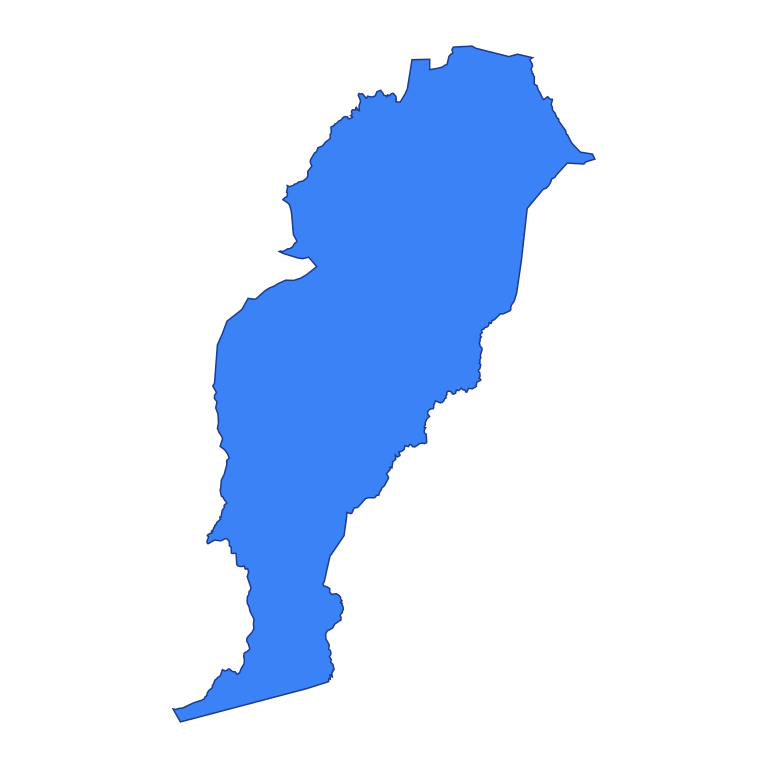 Tlacoapa, Guerrero, Mexico
{"feature_id": "50627088B33975592508393", "entity_name": "Tlacoapa", "entity_type": "district", "adm_level": 2, "iso_a3": "MEX", "parent_name": "Mexico", "parent_adm1": "Guerrero", "projection": "natural_earth1", "projection_center": [-98.789, 17.209], "detail": "fine", "context": "isolated", "style": "filled", "palette": "blue", "viewbox_px": 768, "rotation_deg": 0, "n_neighbors": 0, "source": "geoboundaries", "source_scale": "gbopen_adm2", "svg_char_len": 6066}
<svg xmlns="http://www.w3.org/2000/svg" viewBox="0 0 768 768"><path d="M412.0,59.7L407.4,88.7L405.2,93.8L400.1,102.2L395.8,101.7L396.3,99.2L395.9,96.4L393.7,93.8L392.7,93.3L391.2,93.9L389.1,95.8L387.7,94.9L386.7,96.6L386.2,95.8L383.9,95.3L382.9,93.2L380.7,90.3L376.9,91.8L375.3,95.6L374.3,96.5L373.1,96.5L372.0,97.1L367.5,96.2L367.0,97.6L366.1,98.2L362.5,93.8L360.8,94.0L359.0,93.5L358.2,95.2L360.0,99.1L360.5,101.9L359.0,105.6L359.4,110.7L358.2,110.2L356.4,107.3L355.7,107.9L355.7,110.0L352.6,109.8L351.7,110.7L351.5,112.3L352.1,113.5L351.5,115.2L350.7,115.6L352.5,116.9L352.3,117.6L348.7,118.9L348.0,118.5L347.8,117.0L345.4,116.6L343.3,117.2L341.1,120.0L338.4,121.2L336.8,123.2L334.6,124.2L334.2,125.4L330.9,127.1L331.3,132.8L330.1,134.6L330.3,138.5L325.6,142.0L322.5,145.9L317.9,147.8L316.6,151.7L314.4,153.1L310.4,160.0L310.3,162.2L311.8,166.2L307.8,171.3L307.8,175.9L306.9,178.0L302.9,181.0L298.8,181.9L296.6,183.7L294.3,184.2L293.5,185.4L289.5,186.7L287.3,185.6L287.6,187.3L286.5,192.3L287.4,192.7L287.2,196.6L284.7,197.7L282.9,199.7L287.5,202.7L289.5,204.9L291.0,209.9L291.7,214.7L293.4,234.6L296.6,240.4L296.7,241.6L294.5,243.6L292.6,246.8L289.8,248.7L287.5,248.9L284.5,250.9L282.0,251.5L280.2,251.0L279.2,251.5L283.4,253.5L297.2,257.8L302.6,258.7L308.7,257.2L316.7,266.6L306.5,274.7L300.6,278.2L294.0,280.4L285.6,280.2L277.8,283.8L274.6,285.9L269.0,288.2L264.7,291.0L256.1,298.8L254.7,299.2L248.1,298.4L241.8,309.6L227.0,321.2L222.3,333.9L217.4,344.9L214.5,383.3L212.8,385.9L216.5,392.6L214.5,395.5L214.4,398.4L217.0,401.8L215.7,407.9L217.9,413.7L218.3,418.1L218.4,423.4L217.4,428.7L218.4,430.3L218.6,431.7L221.9,436.6L222.5,438.8L220.1,446.4L224.6,449.7L227.7,454.1L229.0,457.6L228.5,459.0L226.7,460.3L226.7,465.1L224.1,474.6L221.3,480.2L220.7,488.2L220.1,490.0L221.3,496.1L222.8,496.9L224.7,500.3L225.9,501.2L226.6,503.3L224.4,505.0L224.0,505.9L224.5,507.1L222.2,510.4L221.0,516.9L219.8,517.1L220.4,519.3L216.8,522.4L215.7,525.1L214.8,525.3L214.4,527.6L213.7,527.8L212.7,531.1L212.1,530.6L211.4,531.3L212.0,532.9L209.8,533.5L207.5,535.1L207.3,535.7L208.7,536.7L207.0,541.2L207.0,542.4L207.5,543.5L208.4,543.6L214.6,540.0L220.6,540.9L225.6,538.6L226.9,538.8L229.2,541.4L229.4,545.9L231.2,547.0L231.3,553.0L232.2,553.5L235.6,553.3L236.1,553.9L236.7,564.3L237.2,565.1L238.0,566.0L241.0,566.6L244.4,566.1L245.1,568.9L245.8,569.2L246.9,568.5L247.8,569.0L248.6,572.2L247.2,576.6L250.9,587.5L250.6,589.7L249.0,591.7L248.9,594.4L247.4,596.7L247.1,601.1L247.3,603.2L249.1,606.9L250.0,611.2L254.0,619.1L253.4,624.3L253.9,627.7L253.5,629.6L252.0,632.3L247.6,637.2L246.8,638.8L246.7,641.3L248.1,643.3L249.8,648.8L248.3,650.6L244.1,653.3L243.7,656.4L244.4,660.0L244.1,663.7L241.2,668.5L239.6,672.7L237.0,674.3L235.4,671.9L232.6,671.6L229.6,669.1L228.3,669.0L226.8,670.4L225.2,670.9L222.4,669.7L220.1,676.2L217.4,677.6L216.8,678.8L214.9,680.1L213.3,684.6L212.4,685.4L212.4,687.6L208.6,690.8L207.4,692.8L206.6,695.8L204.9,697.1L204.5,698.7L201.6,700.3L193.9,702.7L182.4,708.1L179.1,708.4L175.7,709.4L173.1,709.0L180.4,721.9L306.4,688.7L328.4,681.7L328.8,680.9L328.4,680.3L328.8,678.6L330.3,679.2L329.9,674.9L330.7,675.1L331.0,676.0L332.3,676.9L331.8,673.2L333.0,671.4L332.9,670.3L334.1,669.6L332.9,664.3L330.6,662.1L331.3,659.8L329.4,656.5L330.8,654.5L330.9,652.6L330.3,650.6L328.6,649.0L329.3,645.0L326.0,639.1L325.6,634.1L327.2,631.0L332.5,628.1L334.7,624.2L339.7,620.6L340.8,620.4L341.1,617.5L340.2,615.7L340.6,614.3L342.4,612.5L342.2,611.6L343.3,609.5L342.9,606.2L341.9,604.8L342.3,603.4L340.5,602.6L342.0,601.0L341.9,600.4L340.7,599.8L340.6,597.5L340.2,596.8L338.5,594.9L336.2,593.7L331.5,594.4L329.7,592.1L329.8,588.7L327.7,587.2L323.6,585.7L322.9,583.9L324.2,581.8L329.9,556.4L344.0,535.7L346.5,518.1L346.9,512.4L350.5,513.6L351.9,513.1L354.1,507.9L357.0,507.6L358.1,507.0L365.7,498.4L368.6,497.7L374.2,497.8L375.4,497.1L376.5,495.4L378.8,495.1L379.7,491.7L381.0,490.2L381.8,488.0L384.4,485.8L388.5,478.1L388.4,477.0L386.5,473.6L390.0,469.8L390.1,467.1L391.9,468.0L392.8,461.7L395.7,459.3L395.3,455.1L397.2,457.0L399.8,455.7L400.0,455.1L398.7,451.9L401.2,451.6L404.1,449.5L404.9,445.7L408.4,446.6L409.8,444.4L411.5,445.0L412.4,446.5L414.7,447.0L419.9,443.5L422.1,443.1L424.5,443.6L426.7,442.6L426.2,434.2L424.5,433.2L424.2,431.6L424.3,430.0L425.7,427.7L424.3,427.4L424.3,426.3L425.4,425.0L425.2,422.8L427.0,418.7L429.6,416.4L427.6,413.9L427.7,411.4L430.2,409.0L433.2,408.7L433.7,407.7L433.5,406.2L435.4,400.9L440.4,402.9L442.4,402.2L443.7,400.9L444.7,398.8L446.1,397.8L445.8,396.1L446.9,394.7L446.7,392.5L447.9,391.3L449.9,391.3L451.6,392.1L452.2,393.7L453.3,394.2L455.6,393.2L456.3,390.1L458.7,390.6L461.3,388.2L462.8,389.7L465.1,390.2L465.8,392.0L466.9,392.1L468.5,388.4L472.4,388.8L475.2,387.1L476.3,386.3L476.6,382.4L480.7,380.2L480.7,379.4L479.0,378.1L480.0,376.4L479.9,373.6L479.5,372.3L478.3,371.2L478.7,369.8L479.9,368.5L480.7,365.2L480.6,364.3L479.2,363.2L480.1,361.9L479.7,360.0L480.8,357.8L480.4,355.3L482.1,349.6L482.0,348.3L479.8,345.5L479.8,344.0L479.2,343.0L480.0,341.5L480.2,338.1L481.4,336.9L480.3,335.6L480.3,334.5L482.2,332.6L481.6,330.9L482.0,329.6L484.1,328.9L484.4,327.9L487.7,326.6L488.8,325.0L488.9,322.8L491.1,323.4L492.1,320.5L494.3,319.8L500.2,313.9L503.1,313.9L510.3,310.6L510.8,309.8L510.7,307.9L511.3,305.3L514.3,300.8L516.7,292.8L521.4,260.4L527.2,208.4L543.2,189.2L546.0,188.3L548.3,186.1L550.5,182.7L551.6,179.1L554.8,177.4L556.1,175.3L567.2,163.1L583.8,164.0L586.1,161.8L594.9,159.1L592.5,154.1L580.3,152.1L572.7,144.1L571.0,141.8L567.4,134.6L566.3,134.4L565.7,130.8L558.8,121.1L558.7,119.1L556.9,117.7L555.0,113.1L552.5,110.0L552.4,107.6L551.2,104.3L552.5,99.7L552.2,99.2L550.4,99.4L547.7,96.7L543.8,99.6L542.3,97.8L540.0,92.6L538.2,90.0L537.0,85.7L534.2,84.0L534.4,76.7L533.5,75.9L533.0,73.6L532.0,73.0L532.0,71.3L531.0,69.2L532.6,66.0L532.1,63.7L529.9,60.1L530.5,58.9L532.6,57.7L517.5,54.2L508.9,56.6L475.9,48.3L472.0,46.1L453.4,47.1L451.9,49.7L452.8,52.5L452.4,53.5L450.8,54.2L449.0,56.3L447.0,64.5L444.7,65.3L442.4,67.1L436.6,68.5L429.7,69.6L429.7,59.3L412.0,59.7Z" fill="#3b82f6" stroke="#1e3a8a" stroke-width="1.5"/></svg>